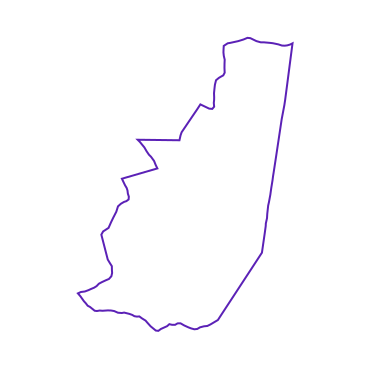 Rondon, Paraná, Brazil (orthographic projection), rotated 344°
{"feature_id": "56859067B14553570834373", "entity_name": "Rondon", "entity_type": "district", "adm_level": 2, "iso_a3": "BRA", "parent_name": "Brazil", "parent_adm1": "Paraná", "projection": "orthographic", "projection_center": [-52.832, -23.465], "detail": "fine", "context": "isolated", "style": "outline", "palette": "violet", "viewbox_px": 384, "rotation_deg": 344, "n_neighbors": 0, "source": "geoboundaries", "source_scale": "gbopen_adm2", "svg_char_len": 1935}
<svg xmlns="http://www.w3.org/2000/svg" viewBox="0 0 384 384"><g transform="rotate(344 192 192)"><path d="M54.4,258.0L56.0,261.5L58.0,267.2L59.2,269.6L60.4,272.6L62.2,274.3L65.7,279.3L67.8,280.2L70.6,280.5L73.2,281.5L78.4,282.6L81.5,283.6L84.4,285.0L87.5,287.6L91.2,289.0L93.5,289.2L98.2,291.9L100.7,293.7L102.4,295.5L104.7,296.6L107.1,297.1L109.0,299.6L111.9,302.8L113.1,305.4L115.2,309.7L119.0,315.2L121.4,316.2L124.3,315.1L131.1,314.1L133.8,312.8L136.1,314.1L139.2,315.0L141.9,314.3L144.8,315.1L147.7,318.1L151.2,321.1L153.6,322.9L156.4,324.6L159.3,325.1L162.4,324.3L166.5,324.4L169.8,325.0L173.2,324.4L181.6,322.2L186.2,318.2L205.1,301.9L242.5,269.6L250.5,251.8L253.5,245.0L254.3,242.6L256.9,237.8L258.3,233.8L261.5,226.0L263.1,223.1L266.5,216.3L269.3,210.0L272.6,203.0L274.2,199.3L275.7,196.1L282.6,181.1L298.3,146.7L304.7,134.0L306.9,129.2L313.8,113.3L329.6,76.8L326.9,77.3L323.9,77.3L321.4,76.9L318.8,76.0L315.7,73.9L310.8,71.3L308.2,70.2L302.5,68.0L299.4,67.1L295.5,64.7L290.5,60.2L287.8,59.1L283.5,59.6L277.9,59.7L269.9,59.2L267.3,58.9L262.8,60.3L261.7,63.4L260.7,66.5L260.1,69.9L259.9,73.8L258.6,77.7L257.4,81.7L256.3,86.3L254.2,88.5L251.6,89.1L249.3,89.7L245.9,91.2L243.6,95.2L242.1,98.8L240.4,103.1L239.4,107.1L238.6,109.7L237.5,112.4L236.8,116.1L234.4,117.7L231.5,116.6L224.2,110.1L219.7,114.0L212.6,119.9L198.5,131.7L196.6,134.4L194.2,138.8L154.2,126.8L155.7,129.5L156.9,132.3L158.5,136.0L159.6,140.4L160.9,144.3L162.3,146.8L164.1,151.7L164.5,155.7L165.2,159.8L128.3,159.9L128.9,163.6L129.5,167.1L130.3,170.1L130.4,172.8L129.9,175.9L130.0,179.1L129.0,181.7L126.4,182.7L123.9,182.8L120.4,183.7L116.9,185.4L113.8,190.1L109.3,194.9L105.9,198.7L101.9,203.5L95.7,205.4L93.1,208.0L92.4,233.7L93.5,237.8L94.5,241.2L93.5,245.0L92.9,247.8L91.3,250.7L88.2,252.7L84.9,253.1L80.5,253.8L77.2,254.5L74.3,256.2L71.5,257.0L68.1,257.4L65.5,257.8L61.6,258.1L57.6,257.5L54.4,258.0Z" fill="none" stroke="#5b21b6" stroke-width="2"/></g></svg>